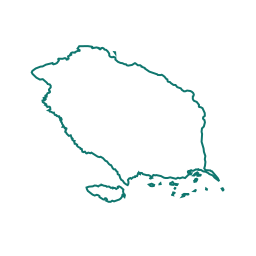 outline of Pulau Morotai, Maluku Utara, Indonesia, rotated 278°
{"feature_id": "22746128B67952855762127", "entity_name": "Pulau Morotai", "entity_type": "district", "adm_level": 2, "iso_a3": "IDN", "parent_name": "Indonesia", "parent_adm1": "Maluku Utara", "projection": "robinson", "projection_center": [128.365, 2.304], "detail": "fine", "context": "isolated", "style": "outline", "palette": "teal", "viewbox_px": 256, "rotation_deg": 278, "n_neighbors": 0, "source": "geoboundaries", "source_scale": "gbopen_adm2", "svg_char_len": 5746}
<svg xmlns="http://www.w3.org/2000/svg" viewBox="0 0 256 256"><g transform="rotate(278 128 128)"><path d="M177.1,34.9L176.6,32.8L174.1,28.3L171.3,25.4L169.7,24.9L168.2,26.0L165.1,30.3L163.7,34.0L164.5,36.8L161.6,41.3L160.4,42.4L160.2,44.5L159.0,45.6L157.4,45.8L155.2,44.4L153.9,44.7L153.6,45.5L152.7,45.7L152.0,45.2L151.3,43.5L149.4,42.8L148.6,41.7L148.0,41.9L148.4,43.0L147.8,43.1L146.0,40.3L145.5,40.6L145.9,41.2L145.8,42.3L145.0,42.5L143.7,41.4L143.9,40.6L143.3,39.5L141.8,40.0L140.3,43.3L139.4,42.8L139.2,44.1L138.3,44.3L138.0,45.2L137.6,45.3L138.1,46.6L138.1,47.4L137.6,48.0L135.8,48.5L134.4,46.8L134.3,47.8L133.4,48.3L133.5,49.1L132.6,51.7L132.9,52.5L130.9,53.6L130.6,54.6L130.8,55.3L129.9,56.0L130.0,57.1L129.5,57.8L129.8,58.3L128.2,59.1L128.8,59.3L128.6,60.3L127.5,61.0L126.6,60.0L126.2,60.0L126.1,60.9L124.8,60.9L124.2,61.7L122.9,62.2L121.6,63.5L120.1,63.1L120.4,64.4L119.1,65.3L119.4,66.2L119.0,67.1L118.5,67.1L118.2,66.4L117.3,66.8L116.0,66.3L115.3,66.5L115.0,67.4L114.0,67.9L112.0,70.5L112.5,72.0L112.9,71.6L113.3,71.6L112.9,71.7L112.9,72.3L110.1,73.6L110.3,73.9L109.7,74.7L108.5,74.6L107.9,75.6L107.7,76.9L106.9,76.6L105.0,77.4L105.2,78.2L104.5,79.4L104.0,79.6L104.1,79.9L103.4,79.9L102.3,81.4L101.6,83.5L101.0,83.9L100.9,84.5L100.6,84.3L100.2,85.3L98.2,86.1L97.9,87.3L98.6,88.6L97.2,90.1L97.1,90.7L98.1,92.1L97.8,94.3L98.5,95.2L95.4,102.0L95.2,103.9L95.7,104.9L94.7,107.4L92.4,110.2L92.0,111.8L89.7,114.1L88.9,115.6L88.8,116.5L85.9,118.6L85.1,119.9L85.3,121.1L83.5,122.7L83.2,123.6L80.8,124.3L80.3,125.9L77.3,127.3L75.7,128.6L75.2,130.0L73.0,132.0L71.8,134.3L71.4,135.6L72.7,136.1L74.6,136.0L76.5,135.2L78.1,136.1L78.8,137.4L78.2,138.4L79.8,139.8L80.4,141.8L81.2,141.8L81.6,143.7L84.5,144.3L84.3,145.1L85.3,145.1L84.3,146.4L85.2,146.5L85.4,148.0L84.4,149.1L83.9,153.2L84.2,154.9L83.7,156.5L82.8,157.8L83.4,158.8L85.0,159.7L84.9,161.6L85.3,162.5L85.0,167.3L83.8,170.5L83.7,172.1L84.0,174.2L85.0,176.6L84.4,182.5L85.7,184.4L85.4,186.3L86.7,189.0L86.4,191.5L90.9,195.0L92.2,193.6L93.2,193.4L95.0,196.4L94.6,197.3L94.7,198.6L96.5,201.1L96.4,202.5L96.6,202.4L97.0,203.4L96.3,204.3L96.4,204.8L96.0,204.7L96.5,204.8L96.6,206.0L95.5,208.6L95.5,211.0L94.4,214.1L93.7,214.9L93.0,218.0L92.3,219.2L91.0,220.5L88.1,225.7L90.8,223.9L96.8,217.2L96.8,216.3L97.4,215.5L97.1,210.6L98.7,209.1L101.3,209.5L105.2,209.4L107.8,208.4L111.0,208.5L115.0,206.5L118.2,205.7L124.6,202.8L132.4,202.2L134.5,201.4L137.9,201.3L140.0,202.9L144.3,203.4L146.5,202.6L147.2,201.4L148.1,200.9L149.2,201.0L150.7,202.4L153.5,201.9L158.0,199.0L158.7,197.2L158.7,195.6L159.4,195.1L160.8,195.1L163.4,192.4L164.1,189.6L164.8,188.8L165.9,188.1L168.3,187.8L168.5,188.2L169.6,188.5L170.4,188.5L171.8,187.6L172.8,186.1L173.3,184.6L173.3,181.3L172.4,179.8L172.1,178.4L173.2,176.1L174.6,174.8L175.3,171.1L177.2,169.1L177.0,167.0L178.5,164.1L179.3,163.2L179.4,161.3L180.1,160.6L181.6,160.2L182.0,159.0L183.9,157.0L184.9,155.2L185.4,154.0L184.9,152.7L184.7,150.1L185.2,149.5L186.8,141.3L189.2,136.5L189.8,136.2L190.6,132.9L191.0,132.9L191.8,131.4L191.5,129.0L193.1,126.3L193.1,125.7L191.0,123.2L189.8,119.5L190.0,118.0L190.8,117.2L190.7,115.5L191.4,113.5L191.4,111.5L192.1,108.9L194.0,106.0L195.5,105.9L196.2,105.2L196.4,103.6L196.1,103.5L195.8,101.7L196.3,100.2L197.1,99.4L199.1,99.0L201.1,97.2L202.3,95.5L202.4,93.8L203.3,93.0L203.8,91.7L203.5,90.7L202.7,90.1L202.8,89.6L202.5,89.9L202.0,89.4L203.2,86.9L203.4,85.6L202.1,81.7L202.5,81.1L203.4,81.2L203.5,80.6L203.5,76.9L202.2,68.3L199.6,67.0L198.3,69.3L197.6,69.2L197.4,67.5L195.8,65.1L195.2,64.9L195.1,62.4L194.3,61.2L193.1,60.7L193.1,61.5L192.6,61.6L190.6,58.7L188.5,59.5L187.9,58.5L187.5,58.6L187.2,57.7L188.3,56.7L188.4,55.8L187.4,53.5L187.0,49.7L186.5,49.3L185.2,50.1L182.6,48.7L181.6,47.4L180.7,45.3L181.0,44.6L181.8,44.2L179.3,37.9L177.1,34.9ZM67.6,109.2L67.1,107.7L66.0,106.7L66.5,104.8L66.4,102.9L65.3,101.2L64.5,97.5L63.3,95.2L61.8,95.8L60.1,97.0L57.1,102.2L56.5,104.4L57.5,106.4L57.2,108.1L56.6,109.2L55.6,109.4L53.8,113.5L53.9,114.5L55.3,115.2L55.2,116.3L54.3,117.1L53.0,116.5L52.2,119.1L52.5,121.1L53.8,122.5L53.4,124.4L56.0,129.4L57.2,130.6L59.2,131.7L61.1,131.8L61.8,132.9L64.7,131.9L66.4,132.0L68.2,129.3L69.0,127.2L68.4,126.1L67.3,126.4L66.0,124.8L66.7,123.6L66.7,122.1L66.2,121.5L66.9,121.1L66.3,119.5L67.4,117.3L66.9,115.1L67.5,114.2L67.5,112.0L68.2,109.4L67.6,109.2ZM75.3,161.8L76.1,159.2L74.9,156.6L73.7,158.3L73.7,160.0L74.2,161.6L75.3,161.8ZM79.1,177.4L78.1,177.6L77.9,178.8L78.0,180.8L78.8,181.6L80.8,179.7L79.1,177.4ZM68.4,191.8L67.6,191.3L68.4,193.2L69.9,193.7L70.5,195.0L70.4,196.5L71.1,197.7L70.5,192.6L69.4,191.3L68.4,191.8ZM85.7,202.0L84.9,200.9L83.9,201.3L84.5,202.9L85.2,203.2L85.9,202.4L86.3,203.6L86.9,203.7L87.3,203.0L86.9,201.9L86.3,201.6L85.7,202.0ZM90.7,203.2L90.3,203.4L90.4,204.2L91.0,206.3L91.6,206.5L91.8,205.8L91.4,204.3L90.7,203.2ZM61.0,134.3L61.7,133.8L61.2,132.9L59.7,133.4L59.2,134.1L61.0,134.3ZM80.3,231.1L81.5,230.1L81.0,229.2L79.4,230.5L79.6,231.0L80.3,231.1ZM93.7,202.8L92.6,201.4L91.9,202.4L92.3,203.2L93.1,203.7L93.7,202.8ZM79.2,184.9L79.3,183.1L79.2,182.2L78.3,182.9L78.2,183.7L78.3,184.5L79.2,184.9ZM71.3,181.7L68.9,181.7L68.9,182.1L70.2,183.1L70.8,181.8L71.3,181.7ZM91.7,200.6L90.1,199.3L90.1,200.1L91.1,201.1L91.7,200.6ZM75.8,203.7L75.9,203.4L74.7,202.2L74.8,203.4L75.8,203.7ZM91.7,196.3L90.8,196.3L90.9,196.8L91.9,197.1L91.7,196.3ZM77.8,167.8L76.9,167.0L76.7,167.0L77.0,168.1L77.8,167.8ZM78.9,213.8L78.1,213.8L77.9,214.6L78.4,214.7L78.9,213.8ZM75.9,183.2L74.6,182.6L73.8,182.3L74.7,183.2L75.9,183.2ZM82.0,157.3L81.2,157.0L81.1,157.4L81.7,158.4L82.0,157.3ZM200.3,104.9L201.2,104.7L201.2,104.1L200.3,104.9ZM93.5,195.7L93.8,195.6L93.8,194.7L93.1,195.2L93.5,195.7ZM68.3,181.5L68.1,181.0L67.9,181.0L67.8,181.8L68.3,181.5Z" fill="none" stroke="#0f766e" stroke-width="2"/></g></svg>